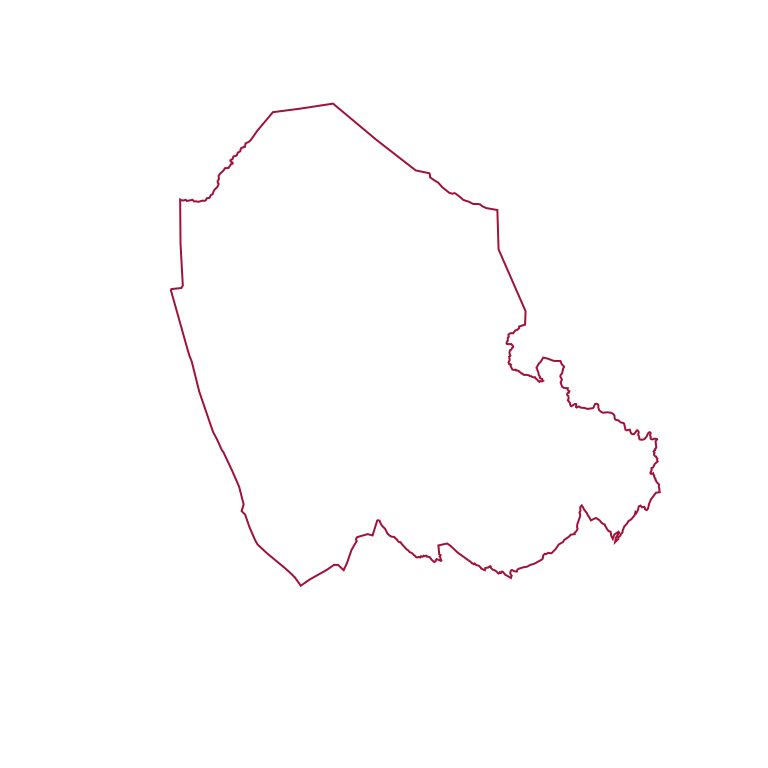 the district of Nannestad nor, Akershus, Norway, rotated 316°
{"feature_id": "86288312B57848423677588", "entity_name": "Nannestad nor", "entity_type": "district", "adm_level": 2, "iso_a3": "NOR", "parent_name": "Norway", "parent_adm1": "Akershus", "projection": "orthographic", "projection_center": [11.013, 60.226], "detail": "fine", "context": "isolated", "style": "outline", "palette": "rose", "viewbox_px": 768, "rotation_deg": 316, "n_neighbors": 0, "source": "geoboundaries", "source_scale": "gbopen_adm2", "svg_char_len": 6166}
<svg xmlns="http://www.w3.org/2000/svg" viewBox="0 0 768 768"><g transform="rotate(316 384 384)"><path d="M533.2,619.9L534.0,619.0L535.7,618.9L539.6,613.8L542.0,613.6L542.1,613.1L541.5,612.2L540.4,611.1L538.6,610.4L537.8,608.8L538.1,608.1L539.0,607.5L539.8,605.7L541.6,604.7L541.9,603.9L541.4,603.0L539.9,602.9L536.1,604.3L533.2,604.5L531.4,603.8L529.6,601.9L529.6,600.6L530.9,599.3L531.4,597.2L533.7,595.7L534.2,594.6L534.2,593.5L533.7,593.0L529.0,593.8L527.6,592.3L527.7,590.4L529.1,587.6L526.4,585.9L525.9,584.7L529.2,579.3L529.2,578.6L527.6,576.0L527.3,572.9L525.8,570.7L525.7,570.1L526.1,568.9L527.9,566.7L528.1,564.8L527.3,562.4L525.3,559.8L521.5,556.7L520.9,555.1L520.6,552.4L521.8,549.7L523.4,548.3L523.7,547.5L523.6,546.7L522.9,545.6L521.7,545.0L518.4,546.5L517.3,546.4L513.0,543.2L511.5,540.4L509.2,537.8L508.5,535.5L506.2,534.7L506.1,533.9L508.1,532.4L508.3,532.1L508.2,531.6L507.4,531.0L503.3,530.1L503.1,529.6L503.3,528.8L504.7,526.7L504.7,524.8L505.0,524.6L505.0,523.4L506.7,522.7L507.5,521.8L508.2,520.7L508.1,519.4L508.5,518.7L509.5,518.1L510.9,518.6L512.3,518.0L511.9,516.9L512.3,515.5L513.3,514.6L512.4,513.9L510.8,511.9L510.2,509.7L512.1,505.6L515.0,504.5L516.1,501.0L517.4,500.2L519.6,500.0L523.7,497.2L525.0,497.1L525.7,496.2L525.5,494.6L525.8,492.6L526.9,490.1L522.1,485.2L519.3,479.3L516.9,475.6L512.1,476.9L509.4,476.9L505.0,478.2L503.0,483.0L501.6,485.0L501.3,486.9L500.3,487.8L500.8,489.5L501.3,490.2L500.5,491.8L500.6,492.2L499.5,491.9L498.2,490.3L497.3,490.4L497.1,489.5L497.2,486.8L497.0,485.7L497.3,484.0L496.7,483.8L495.5,481.8L495.3,480.6L494.3,479.6L494.4,478.7L493.0,476.5L491.1,474.9L490.7,473.7L490.9,472.8L490.1,471.8L490.2,470.5L489.8,469.0L490.0,468.7L489.7,467.6L488.5,466.0L488.8,465.6L488.6,465.1L487.6,464.5L486.5,463.0L486.4,462.5L487.7,458.7L488.8,458.3L488.0,456.5L488.3,456.4L488.1,456.0L488.5,455.0L491.3,453.9L492.9,451.3L494.5,451.5L495.1,449.9L496.4,448.2L498.3,447.3L499.3,447.7L501.4,447.0L502.4,447.2L502.9,446.8L503.2,445.8L503.3,443.7L501.0,441.6L500.2,440.1L501.7,439.0L503.2,438.8L504.9,436.9L506.6,436.7L507.6,435.1L508.8,434.9L510.5,435.5L512.1,437.2L515.8,436.7L517.3,437.6L520.1,437.7L521.2,436.5L526.7,439.3L536.4,430.0L559.9,366.8L586.4,337.6L579.7,328.4L578.2,324.3L577.9,321.6L576.9,320.1L573.3,316.6L571.5,311.4L570.1,309.1L568.8,306.2L568.8,304.0L567.8,296.7L567.3,295.7L565.5,294.7L563.8,292.0L562.6,283.1L562.9,276.7L561.8,273.1L560.7,267.4L562.4,265.4L563.0,263.9L555.2,252.4L548.1,202.9L542.1,146.9L514.3,127.2L492.9,111.3L468.9,113.8L457.5,116.0L454.8,115.9L451.6,114.7L448.7,116.8L447.9,115.9L446.5,115.9L445.6,115.1L444.0,115.5L442.2,116.8L439.6,116.0L436.9,117.2L435.7,116.9L433.8,115.7L431.2,117.0L429.1,116.3L428.6,116.6L428.3,117.8L428.9,119.3L428.3,120.3L426.5,119.6L422.3,120.6L419.5,118.3L416.5,119.0L412.4,118.8L409.6,119.4L407.5,122.0L405.3,122.5L404.2,123.7L404.2,124.9L403.6,125.5L400.9,126.5L396.2,126.6L392.6,128.4L390.5,127.8L387.8,128.9L385.6,127.3L383.4,128.0L382.2,127.7L381.1,126.2L376.9,123.9L375.6,121.9L374.2,120.7L374.2,118.5L369.3,115.4L369.5,114.4L368.9,113.5L367.5,112.9L366.1,111.4L365.5,109.7L335.3,141.5L307.7,173.4L304.9,174.2L297.0,168.0L295.8,168.6L266.3,223.4L263.4,229.1L261.4,234.1L245.9,261.0L230.2,294.4L227.6,300.1L225.5,307.6L221.4,319.0L221.1,321.6L214.4,341.2L208.4,357.3L199.4,373.1L193.3,376.5L193.4,381.5L188.1,392.8L182.9,406.5L181.6,411.6L182.2,424.2L184.7,446.2L185.4,454.7L185.5,458.9L185.3,459.7L185.6,460.8L184.0,471.3L194.3,472.9L213.9,478.0L222.4,479.4L225.3,482.3L225.7,489.9L233.2,487.0L245.3,480.8L255.3,478.0L256.0,476.1L258.3,475.5L267.9,480.6L270.6,485.0L284.1,477.6L284.8,477.6L285.9,479.2L284.7,482.0L284.1,484.8L284.2,489.0L282.6,494.1L282.7,497.0L283.1,497.6L283.1,498.6L285.1,501.2L285.0,503.2L285.3,504.2L284.8,507.3L285.3,508.7L286.0,509.2L285.5,512.7L285.6,513.5L285.4,518.4L285.8,520.3L285.7,522.9L286.5,524.4L286.7,526.4L286.6,527.6L286.9,528.7L286.9,531.0L287.2,531.7L288.5,532.2L288.8,533.0L289.4,533.2L289.6,533.9L291.0,533.6L291.4,534.3L291.2,534.5L291.9,535.1L293.0,535.1L293.0,535.6L295.1,536.7L295.2,537.3L294.9,537.9L296.5,539.9L296.4,542.3L296.2,542.9L296.3,546.2L296.6,547.1L298.0,547.3L298.5,546.8L300.2,546.5L302.1,550.8L302.7,550.8L303.2,549.1L304.0,547.9L304.1,546.9L305.8,546.4L305.4,544.9L311.0,537.9L318.6,542.6L319.4,546.3L319.9,556.5L322.8,572.3L322.7,574.0L323.2,574.7L323.3,575.9L324.5,576.1L324.6,578.5L326.0,580.6L326.0,583.6L325.7,584.1L326.1,585.3L327.2,588.0L329.1,586.8L331.5,588.4L333.9,588.8L333.9,589.5L333.2,589.9L333.2,593.0L334.2,594.8L334.7,597.3L334.6,599.4L334.8,600.0L336.5,599.9L336.3,600.7L336.7,601.2L338.6,600.9L339.0,601.8L338.7,605.3L340.6,611.7L342.7,610.5L342.7,609.3L343.7,607.4L345.7,606.4L346.9,606.7L347.6,609.2L349.2,611.2L351.1,610.2L352.6,610.5L357.2,612.8L360.2,614.9L363.5,615.7L367.0,617.6L375.4,619.9L376.9,619.9L379.5,617.9L381.6,617.8L382.5,619.0L384.8,619.5L386.8,622.1L393.1,621.9L398.2,620.8L402.9,622.0L405.4,621.4L411.2,622.3L413.7,622.1L416.9,624.5L417.6,623.5L420.1,623.5L422.7,622.6L423.6,620.9L425.3,619.4L433.5,615.2L434.9,613.5L435.3,612.2L437.2,611.7L439.5,609.0L441.9,608.7L441.4,611.3L440.7,613.3L440.3,617.5L439.6,619.5L439.3,620.7L439.3,621.8L438.1,625.8L443.4,627.6L444.2,630.9L444.4,632.6L444.1,634.9L444.4,636.5L445.2,638.6L444.7,639.3L443.6,643.5L443.4,645.9L444.2,647.0L444.2,648.0L441.9,651.2L441.0,654.4L445.1,652.3L450.1,653.2L449.9,654.3L444.0,655.7L440.4,658.3L445.0,658.2L445.9,657.1L448.8,657.3L449.8,656.6L452.3,656.5L453.8,655.3L457.8,653.4L461.8,653.2L464.6,652.4L467.7,653.1L471.9,652.7L473.5,652.3L475.9,650.8L475.7,652.2L479.3,651.0L482.2,649.0L484.1,649.7L483.9,651.9L485.9,653.1L485.8,654.1L484.8,655.5L485.4,657.2L487.4,657.0L491.4,654.4L495.6,652.5L504.0,651.1L507.2,653.4L508.4,651.5L509.1,651.0L510.1,649.0L512.1,647.2L512.0,644.3L512.2,643.2L512.7,642.5L512.6,641.6L513.5,640.7L513.3,640.2L514.0,638.3L514.8,637.7L514.9,636.5L515.6,635.1L514.0,634.5L513.6,633.9L513.7,633.1L517.2,631.5L517.8,630.4L519.7,630.9L523.1,629.6L527.1,629.8L527.4,628.7L528.8,627.5L528.6,626.7L529.4,625.4L528.9,624.6L528.9,622.9L529.6,621.9L530.8,621.5L531.1,619.8L532.3,619.5L533.2,619.9Z" fill="none" stroke="#9f1239" stroke-width="2"/></g></svg>